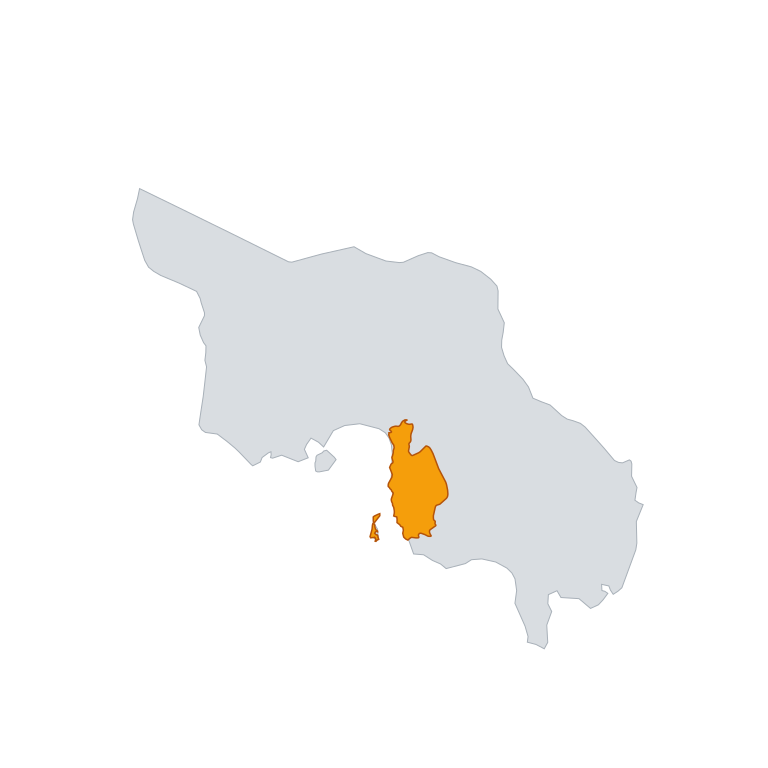 Tunisia, with Sfax highlighted, rotated 128°
{"feature_id": "TUN-114", "entity_name": "Sfax", "entity_type": "Governorate", "adm_level": 1, "iso_a3": "TUN", "parent_name": "Tunisia", "parent_adm1": "", "projection": "albers", "projection_center": [10.434, 34.714], "detail": "fine", "context": "in_parent", "style": "filled", "palette": "amber", "viewbox_px": 768, "rotation_deg": 128, "n_neighbors": 0, "source": "natural_earth", "source_scale": "10m", "svg_char_len": 5560}
<svg xmlns="http://www.w3.org/2000/svg" viewBox="0 0 768 768"><g transform="rotate(128 384 384)"><path d="M529.3,437.1L529.2,439.4L526.8,456.2L526.2,462.2L525.9,472.4L526.1,484.6L532.1,494.9L532.3,499.5L530.1,504.7L519.2,510.9L505.1,518.8L493.0,526.2L479.7,534.4L475.6,539.7L469.0,543.7L463.5,547.8L462.5,551.6L458.6,558.9L453.5,564.8L440.8,567.5L438.4,569.3L432.5,578.1L429.8,581.5L426.4,588.7L430.6,607.4L435.9,626.7L437.0,634.7L436.9,641.4L433.9,648.6L427.0,658.9L421.9,666.4L412.2,680.0L409.3,683.3L402.6,687.2L389.6,692.4L380.5,696.9L376.1,676.2L372.3,658.4L369.2,643.8L363.8,618.0L359.2,596.1L354.7,574.3L350.6,554.4L346.5,534.5L344.7,531.6L331.8,522.0L319.9,513.1L307.6,503.0L294.3,492.1L292.4,478.6L285.9,458.2L278.9,446.7L276.2,443.7L261.8,436.0L253.5,430.4L251.3,427.2L249.8,418.9L244.3,402.3L237.9,387.2L235.7,377.1L235.7,364.4L237.3,355.3L240.4,351.4L254.8,340.4L261.7,326.9L269.9,321.9L277.0,318.2L282.8,313.9L287.9,306.7L291.9,299.1L292.8,290.7L294.7,277.5L297.4,268.3L303.5,257.9L301.2,249.4L298.3,240.2L299.5,224.5L298.9,218.1L296.5,212.3L294.1,205.0L294.1,199.0L296.9,183.1L299.1,171.0L302.4,155.3L301.4,150.9L299.3,147.5L292.7,143.9L292.7,141.8L294.4,139.5L304.3,132.1L309.8,120.9L314.3,118.6L321.1,114.7L320.9,110.2L319.5,105.5L337.0,100.5L353.7,86.8L359.6,83.5L398.1,71.1L403.0,72.0L408.6,73.9L407.0,78.7L404.7,82.5L407.9,89.2L412.6,85.1L411.4,82.4L411.2,78.7L419.1,78.5L426.0,79.1L433.7,83.1L433.1,98.2L443.3,113.1L440.4,120.4L448.8,124.8L456.3,119.6L460.0,111.8L473.8,107.3L486.8,95.9L494.0,94.7L495.7,104.0L499.2,112.1L494.3,115.0L488.0,123.7L476.2,145.8L465.1,152.3L456.9,160.8L454.2,166.8L453.4,173.8L455.5,186.4L461.6,199.2L468.6,206.9L475.4,209.3L491.2,221.4L491.0,228.6L493.2,237.2L494.2,247.7L499.7,256.0L488.0,274.3L481.6,287.5L469.0,305.7L457.7,317.5L433.4,334.9L427.4,340.7L423.5,346.8L421.6,353.0L422.3,360.4L430.2,378.6L440.9,389.4L451.9,395.2L470.8,392.8L470.2,399.8L471.6,408.2L479.3,407.8L484.5,406.5L488.8,398.3L498.1,403.8L503.1,420.8L511.0,426.1L511.9,428.1L509.2,429.4L507.0,431.4L509.4,432.7L517.0,434.8L521.6,433.4L529.3,437.1ZM488.7,389.8L486.8,390.3L483.3,392.7L481.4,392.9L476.1,390.3L474.0,390.3L471.5,388.4L472.3,378.1L473.1,375.2L486.1,374.8L493.1,380.9L494.3,382.5L494.6,384.3L491.3,387.7L488.7,389.8ZM511.5,298.8L500.3,305.2L502.4,299.7L509.7,292.9L511.6,294.5L511.5,298.8Z" fill="#d9dde1" stroke="#a8b0b8" stroke-width="1"/><path d="M492.3,269.1L492.8,271.5L492.5,274.2L490.1,277.3L487.3,278.7L485.3,281.0L485.8,283.1L485.2,284.9L485.2,288.4L482.3,290.6L481.7,291.3L481.2,291.7L480.9,292.2L481.7,293.9L482.0,295.1L479.4,296.4L477.7,297.7L475.3,300.3L474.2,302.6L472.8,303.9L472.1,305.4L470.9,306.9L469.7,307.6L464.9,309.2L464.2,309.7L464.0,310.3L463.8,311.2L463.5,312.3L462.9,313.2L462.8,314.9L462.3,315.9L462.2,317.5L461.1,318.5L459.5,319.3L452.7,320.4L450.2,321.7L446.3,328.2L442.8,329.1L442.1,329.0L441.4,328.7L440.6,328.6L439.8,329.0L439.3,329.4L439.0,330.0L437.5,332.0L436.8,332.7L435.8,332.9L432.4,334.4L430.9,335.6L428.0,336.7L426.2,338.6L425.3,341.4L422.7,346.6L421.1,349.1L420.1,349.5L419.5,350.1L417.9,348.7L417.7,348.6L417.2,348.6L416.9,348.9L416.8,349.3L416.7,349.7L416.7,350.7L416.7,351.0L416.6,351.3L416.3,351.6L415.9,351.7L415.3,351.7L413.7,351.4L412.4,350.7L411.0,349.7L409.9,348.7L409.0,347.2L408.4,346.5L407.9,346.2L407.3,346.0L406.1,345.9L405.4,346.0L404.1,346.3L402.5,346.4L402.2,346.4L401.3,346.2L400.1,345.7L399.4,345.4L398.8,344.7L397.9,343.4L399.3,344.1L399.9,344.3L400.2,344.4L400.5,344.4L400.8,344.3L401.1,344.2L401.4,343.9L401.5,343.3L401.4,342.4L401.3,341.8L401.2,341.4L400.7,340.1L400.3,339.4L399.8,338.8L398.6,337.7L398.4,337.4L398.2,337.1L398.3,336.7L398.6,336.2L399.3,335.4L400.2,334.5L402.2,333.4L406.6,332.0L408.0,331.2L408.7,330.8L411.4,328.4L411.9,328.1L412.5,327.8L412.8,327.7L413.5,327.6L415.2,327.7L415.5,327.6L415.9,327.5L416.2,327.2L417.3,325.9L417.9,325.4L421.4,323.6L421.7,323.4L422.0,323.1L422.2,322.8L422.4,322.3L422.6,321.8L423.0,320.3L423.3,318.7L423.2,318.3L423.2,318.0L422.8,317.5L422.5,317.3L416.7,314.3L415.1,313.8L407.2,312.8L407.0,312.7L406.8,312.5L406.7,312.2L406.5,311.9L406.1,310.1L406.1,309.2L406.3,308.0L406.6,307.3L407.1,305.9L408.7,302.5L417.1,288.7L422.8,276.1L423.3,275.0L424.7,272.9L428.5,268.5L431.4,265.9L432.9,265.0L433.8,264.6L435.6,264.4L443.9,265.9L444.5,266.1L444.8,266.3L446.8,267.7L447.4,268.0L447.8,268.1L448.4,268.0L449.4,267.8L457.4,264.0L458.8,262.9L460.0,261.8L460.3,261.4L460.4,261.2L460.5,260.9L460.5,260.2L460.5,259.8L460.6,259.5L460.7,259.2L460.9,258.9L462.2,258.1L462.6,257.9L462.8,257.6L462.9,257.3L463.1,256.7L463.2,256.4L463.4,256.2L463.7,256.0L464.0,256.0L470.4,257.9L471.3,257.9L472.1,257.5L472.4,257.2L472.7,256.9L473.0,256.6L473.5,255.9L474.6,253.4L474.9,253.3L475.4,253.6L476.2,254.6L476.7,255.4L476.9,255.9L477.5,259.1L477.8,260.0L478.7,262.7L479.1,263.4L479.5,263.8L480.1,264.1L481.1,264.1L481.7,264.0L482.1,263.7L483.0,262.5L483.3,262.2L483.7,262.1L484.2,262.4L485.0,263.3L485.8,264.4L487.8,267.8L488.8,268.4L492.2,269.1L492.3,269.1ZM510.6,297.1L511.2,297.3L511.6,298.0L513.4,299.8L512.9,301.0L505.8,304.0L502.2,306.3L500.9,306.8L500.2,305.3L501.2,304.1L502.4,303.0L503.7,301.1L503.9,299.9L503.8,299.3L503.9,298.5L504.4,298.1L504.6,299.0L505.7,299.7L507.4,299.4L507.6,297.4L507.1,296.4L507.6,295.2L508.5,294.4L509.0,293.4L509.7,292.5L510.9,293.2L513.0,293.5L513.3,294.2L511.4,294.9L511.2,295.5L510.7,296.0L510.6,297.1ZM488.8,307.5L489.5,306.9L490.4,306.2L498.7,306.2L499.4,307.2L498.3,308.3L495.4,310.6L494.0,310.3L492.6,309.6L490.2,308.4L488.8,307.5Z" fill="#f59e0b" stroke="#b45309" stroke-width="1.5"/></g></svg>